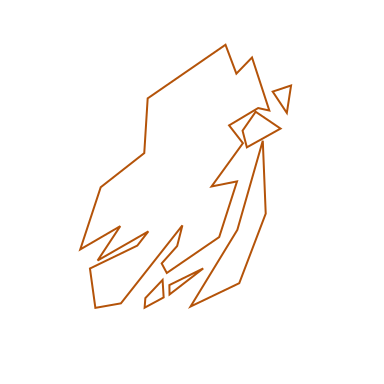 the border of Barisal, rotated 27°
{"feature_id": "BGD-2475", "entity_name": "Barisal", "entity_type": "Division", "adm_level": 1, "iso_a3": "BGD", "parent_name": "Bangladesh", "parent_adm1": "", "projection": "equal_earth", "projection_center": [90.394, 22.436], "detail": "coarse", "context": "isolated", "style": "outline", "palette": "amber", "viewbox_px": 384, "rotation_deg": 27, "n_neighbors": 0, "source": "natural_earth", "source_scale": "10m", "svg_char_len": 757}
<svg xmlns="http://www.w3.org/2000/svg" viewBox="0 0 384 384"><g transform="rotate(27 192 192)"><path d="M184.4,44.9L223.9,84.3L212.8,87.2L194.8,115.8L215.2,125.4L206.9,178.2L227.3,162.1L236.7,219.8L206.3,275.6L197.4,269.4L203.3,246.9L198.6,226.1L179.2,323.5L158.5,339.1L135.8,306.5L167.6,264.6L171.0,246.9L139.0,295.9L143.6,255.0L118.5,293.9L108.5,229.2L131.8,179.0L110.0,128.7L155.0,45.6L177.8,66.4L184.4,44.9ZM267.5,177.8L275.5,251.8L242.7,294.7L249.6,205.2L231.8,114.2L267.5,177.8ZM242.1,95.3L220.6,127.3L209.2,114.4L212.3,91.6L242.1,95.3ZM231.9,52.1L240.6,78.5L218.3,65.9L231.9,52.1ZM218.5,293.5L214.1,285.2L236.7,255.0L218.5,293.5ZM205.7,283.7L214.6,298.8L202.3,316.6L198.6,307.7L205.7,283.7Z" fill="none" stroke="#b45309" stroke-width="2"/></g></svg>